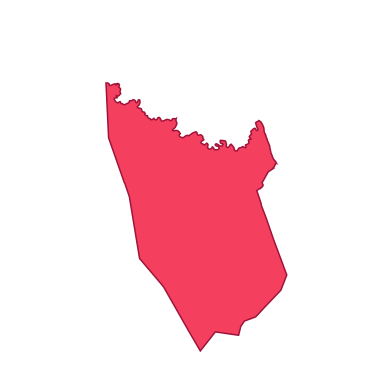 Central Guadalcanal, Guadalcanal, Solomon Islands, rotated 49°
{"feature_id": "97153195B29965366735238", "entity_name": "Central Guadalcanal", "entity_type": "district", "adm_level": 2, "iso_a3": "SLB", "parent_name": "Solomon Islands", "parent_adm1": "Guadalcanal", "projection": "orthographic", "projection_center": [159.997, -9.568], "detail": "fine", "context": "isolated", "style": "filled", "palette": "rose", "viewbox_px": 384, "rotation_deg": 49, "n_neighbors": 0, "source": "geoboundaries", "source_scale": "gbopen_adm2", "svg_char_len": 5900}
<svg xmlns="http://www.w3.org/2000/svg" viewBox="0 0 384 384"><g transform="rotate(49 192 192)"><path d="M53.3,185.4L96.4,219.4L140.7,237.0L141.1,236.9L154.5,242.4L207.8,275.2L235.1,275.5L245.0,275.7L294.7,285.7L317.4,290.0L312.9,266.2L330.7,250.8L325.4,243.3L323.8,237.1L328.0,225.9L326.5,211.6L325.7,202.9L324.4,189.3L316.8,174.9L280.9,161.4L260.3,153.1L248.0,148.6L245.4,147.1L242.3,145.8L233.4,142.2L233.6,140.9L233.7,139.2L234.3,138.3L234.1,136.5L234.3,135.6L233.5,133.8L231.3,133.1L230.9,132.7L226.8,121.3L227.6,115.0L227.1,115.2L227.0,113.4L225.9,111.5L226.0,111.3L225.7,111.0L225.6,110.8L225.7,110.6L225.5,110.3L225.3,110.0L225.4,109.7L225.7,109.5L225.4,109.5L225.0,109.3L224.8,109.3L224.6,109.1L224.3,109.0L224.2,108.9L223.8,108.9L221.9,109.0L221.5,108.9L220.9,108.9L220.4,108.9L219.8,108.7L219.5,108.6L218.1,108.1L217.4,107.8L216.9,107.6L215.7,107.2L214.1,106.7L213.3,106.2L211.9,105.4L211.4,105.0L210.9,104.8L210.5,104.6L210.0,104.4L209.0,103.8L208.8,103.6L208.6,103.3L208.3,103.2L208.2,103.2L207.6,103.0L207.5,102.9L206.6,102.6L206.3,102.5L204.9,102.0L204.6,102.0L204.0,101.8L203.0,101.4L202.9,101.4L201.9,101.0L201.7,100.8L201.3,100.6L200.8,100.4L199.4,100.0L198.4,99.6L197.9,99.4L197.8,99.2L197.5,99.1L197.4,99.2L196.8,99.0L196.7,98.8L196.4,98.7L196.1,98.6L194.9,98.4L194.5,98.3L193.6,97.8L192.9,97.3L191.6,96.3L191.4,96.2L191.1,96.0L190.4,95.6L190.2,95.6L190.0,95.4L189.9,95.3L189.0,95.1L188.8,95.0L187.5,94.6L187.1,94.5L185.2,94.2L184.7,94.0L183.8,94.2L183.2,94.3L182.6,94.4L181.9,94.7L182.1,95.2L181.4,97.6L181.6,98.7L185.2,100.3L188.0,101.1L188.4,101.7L188.4,102.4L188.0,102.9L187.6,103.0L186.7,102.8L185.8,102.5L185.3,102.7L184.9,103.0L184.8,103.5L184.6,104.3L184.8,106.4L184.8,107.8L187.1,109.0L187.4,109.0L187.3,110.7L187.5,111.5L187.9,112.6L190.6,112.6L190.8,112.9L190.7,113.2L190.4,113.7L190.0,113.8L189.8,114.0L189.9,115.0L190.0,115.6L190.4,115.7L192.1,116.6L192.4,117.4L192.4,118.1L192.2,119.0L191.9,120.0L191.6,120.6L191.6,120.9L192.7,121.3L193.5,121.9L193.7,122.5L193.0,123.1L192.1,123.4L190.9,123.9L190.8,124.2L190.9,125.2L190.6,125.9L190.2,126.6L189.7,127.5L189.8,128.6L190.2,129.7L190.2,130.1L190.5,130.7L190.4,131.3L189.8,132.0L188.0,132.5L187.5,131.9L187.1,131.9L186.6,131.6L185.9,131.2L185.0,131.1L184.4,131.1L183.1,131.2L182.6,131.1L182.4,131.0L182.1,130.9L181.8,131.0L181.5,131.3L181.4,131.9L181.4,132.4L181.5,132.7L181.7,133.2L181.9,133.7L181.9,133.9L182.1,134.2L182.1,134.7L182.0,135.4L181.9,135.8L181.8,136.0L181.5,136.1L181.0,136.2L180.4,136.1L179.9,136.0L179.6,135.8L179.4,135.6L179.2,135.3L179.0,135.1L178.9,134.9L178.5,134.6L178.2,134.5L177.5,134.2L177.3,134.1L176.4,133.6L175.6,133.3L175.0,133.7L174.8,133.8L174.0,134.3L173.7,134.7L173.6,134.8L173.4,134.9L173.2,135.2L173.1,135.3L172.6,135.8L172.3,136.3L172.1,136.5L171.9,136.4L171.8,136.6L171.7,136.8L171.8,137.1L172.2,137.6L172.8,137.9L173.8,138.3L174.0,138.3L174.3,138.3L174.4,138.2L174.9,137.9L175.0,137.7L175.2,137.4L175.5,137.3L175.9,137.2L176.2,137.2L176.3,137.3L176.5,137.7L176.8,138.3L176.8,138.6L176.9,139.0L176.8,139.4L176.7,139.6L176.3,140.1L175.7,140.6L175.4,140.7L175.1,140.8L174.7,140.9L174.3,141.0L174.1,141.0L173.7,141.1L172.7,141.5L172.3,141.6L171.9,141.8L171.7,142.0L171.4,142.2L171.5,143.4L172.1,143.7L172.9,143.5L173.7,143.2L174.1,142.8L174.8,142.4L175.9,142.4L176.6,142.7L176.9,143.1L177.2,143.7L177.1,144.5L176.5,145.2L175.9,146.0L175.5,146.5L175.2,147.1L174.6,147.3L173.8,147.1L172.8,146.8L172.4,146.9L172.1,146.8L171.3,147.1L171.6,147.5L171.8,147.9L171.8,148.5L171.5,150.0L171.0,150.8L170.6,150.9L170.1,151.3L169.8,151.4L169.6,151.1L169.0,151.0L168.4,151.0L167.7,150.0L167.1,149.1L166.6,148.8L165.9,148.7L165.4,148.6L164.8,148.9L164.7,149.5L164.8,151.4L164.5,152.0L164.2,152.0L163.4,152.1L162.1,152.7L161.6,153.1L161.3,153.1L160.8,153.0L159.9,151.8L160.4,149.5L160.3,148.8L159.9,148.5L159.3,148.6L158.8,148.8L158.3,148.5L158.0,148.0L157.6,147.6L156.7,147.4L155.3,147.6L154.5,147.9L154.0,148.7L153.5,149.9L152.6,150.2L151.4,149.9L150.5,149.3L149.6,149.3L149.0,149.8L148.5,150.9L148.1,152.2L147.7,154.7L147.5,156.6L147.6,157.1L147.5,157.5L147.1,157.7L146.3,158.1L146.0,158.7L145.6,159.4L145.5,160.5L145.3,160.9L145.3,161.6L145.3,162.4L145.1,163.3L144.5,163.7L143.2,164.5L142.2,164.9L141.3,164.8L140.8,164.5L140.4,163.8L140.4,162.9L140.1,162.4L139.5,162.4L138.9,162.5L138.2,162.2L137.7,162.4L137.2,162.4L136.3,162.5L135.5,163.2L134.8,164.0L134.4,164.5L134.1,165.1L133.5,165.9L132.9,166.4L132.4,166.2L132.2,165.4L132.3,163.9L132.3,162.5L131.6,160.7L131.0,159.3L129.9,158.1L128.9,157.8L127.8,157.4L126.4,156.2L126.1,155.7L126.0,156.3L125.1,157.1L124.2,158.2L124.0,159.1L124.5,160.0L124.3,161.3L122.7,161.8L121.0,162.9L120.1,164.9L119.8,166.2L119.5,167.0L118.9,168.1L118.5,168.3L118.1,168.3L115.5,167.7L114.6,167.7L114.1,167.9L113.6,168.9L114.1,170.3L114.0,171.8L113.1,172.6L111.4,172.4L111.2,172.9L111.4,173.7L111.3,174.6L110.4,175.7L109.6,175.4L107.8,176.3L107.2,176.5L105.3,175.6L104.6,176.0L104.2,176.5L103.5,176.7L102.4,176.7L101.8,175.7L100.6,175.6L99.9,175.9L99.3,176.6L98.4,176.7L96.0,175.7L95.3,175.9L94.5,176.6L93.7,176.9L92.9,177.6L92.1,177.6L91.5,176.9L91.7,175.0L90.6,172.8L88.5,171.1L87.6,171.5L87.3,172.1L88.2,173.9L88.3,174.9L88.1,175.5L87.4,175.5L86.5,175.1L85.3,174.9L83.6,176.0L83.6,177.1L83.3,178.0L82.2,179.2L82.3,179.8L83.1,180.5L83.2,180.9L81.8,185.9L81.3,186.2L79.6,186.7L79.1,187.3L78.3,187.4L77.1,186.9L76.6,187.0L76.3,187.7L76.3,188.8L76.1,189.4L74.2,190.4L73.4,190.3L71.2,189.9L70.5,189.6L70.3,188.9L70.8,188.0L71.8,186.7L71.7,186.4L69.9,186.2L69.6,185.8L70.6,185.2L71.2,184.6L71.4,183.9L71.1,182.7L71.1,181.8L71.1,181.4L68.7,180.3L68.3,179.4L67.4,178.3L66.7,178.2L64.7,178.4L64.1,177.3L63.7,176.6L63.1,176.4L62.3,176.3L61.3,176.9L60.9,177.7L61.8,178.3L61.3,179.2L60.5,179.0L59.7,179.2L59.5,180.0L58.9,181.0L58.8,181.9L58.0,183.8L57.5,184.3L56.9,184.1L55.5,183.6L54.5,184.0L54.2,184.6L53.3,185.4Z" fill="#f43f5e" stroke="#9f1239" stroke-width="1.5"/></g></svg>